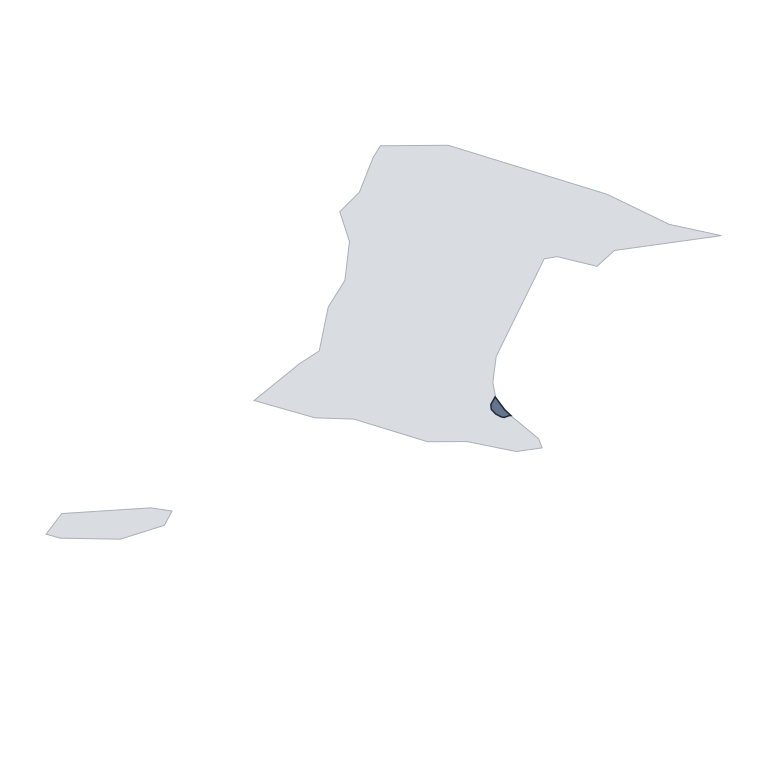 location of Port of Spain within Trinidad and Tobago, rotated 199°
{"feature_id": "TTO-64", "entity_name": "Port of Spain", "entity_type": "City", "adm_level": 1, "iso_a3": "TTO", "parent_name": "Trinidad and Tobago", "parent_adm1": "", "projection": "orthographic", "projection_center": [-61.515, 10.657], "detail": "fine", "context": "in_parent", "style": "filled", "palette": "slate", "viewbox_px": 768, "rotation_deg": 199, "n_neighbors": 0, "source": "natural_earth", "source_scale": "10m", "svg_char_len": 822}
<svg xmlns="http://www.w3.org/2000/svg" viewBox="0 0 768 768"><g transform="rotate(199 384 384)"><path d="M464.9,608.1L401.1,630.6L235.1,636.0L166.3,627.8L113.4,634.1L209.6,585.3L220.9,564.6L261.7,560.8L273.3,554.6L286.9,446.6L281.6,420.9L273.5,406.7L257.0,396.5L220.0,382.6L213.7,375.1L237.0,363.2L286.8,356.6L324.0,343.6L401.0,341.0L438.4,329.5L501.5,326.1L470.5,375.7L456.0,394.2L461.8,438.8L454.7,469.1L463.0,507.4L481.9,532.5L469.7,557.3L468.0,594.7L464.9,608.1ZM564.4,190.9L543.1,194.9L545.6,179.0L582.8,151.4L640.0,132.8L654.6,132.0L646.5,156.6L564.4,190.9Z" fill="#d9dde1" stroke="#a8b0b8" stroke-width="1"/><path d="M274.7,408.0L261.8,399.1L253.8,395.5L255.4,394.8L259.6,391.4L262.8,391.1L268.6,392.0L274.2,394.9L275.7,397.9L276.3,399.6L274.7,408.0Z" fill="#64748b" stroke="#1e293b" stroke-width="1.5"/></g></svg>